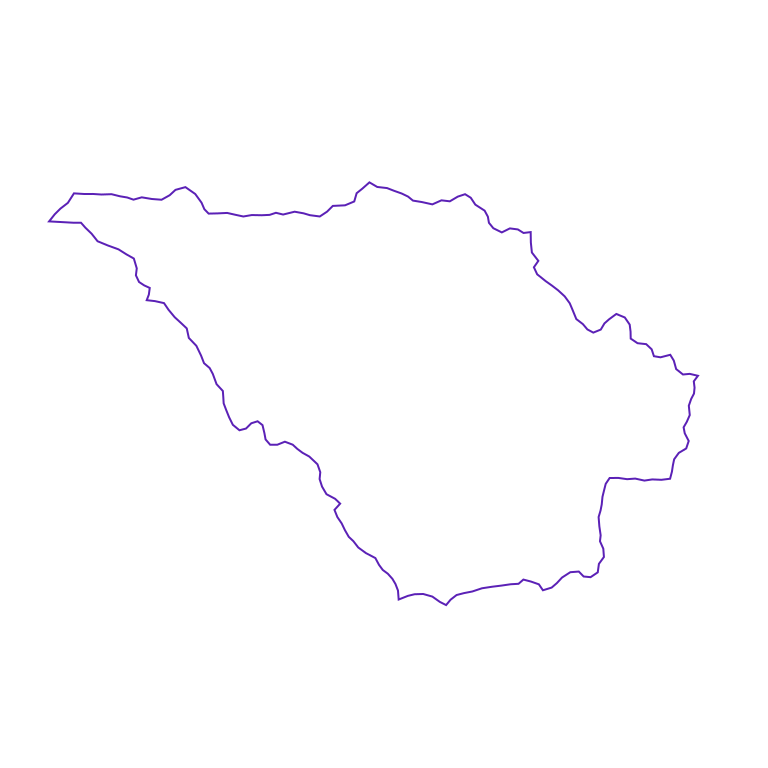 Nova Módica, Minas Gerais, Brazil (Mercator projection), rotated 263°
{"feature_id": "56859067B57192230716204", "entity_name": "Nova Módica", "entity_type": "district", "adm_level": 2, "iso_a3": "BRA", "parent_name": "Brazil", "parent_adm1": "Minas Gerais", "projection": "mercator", "projection_center": [-41.519, -18.438], "detail": "fine", "context": "isolated", "style": "outline", "palette": "violet", "viewbox_px": 768, "rotation_deg": 263, "n_neighbors": 0, "source": "geoboundaries", "source_scale": "gbopen_adm2", "svg_char_len": 2979}
<svg xmlns="http://www.w3.org/2000/svg" viewBox="0 0 768 768"><g transform="rotate(263 384 384)"><path d="M353.9,696.6L356.8,688.7L357.0,681.9L363.2,675.8L371.9,674.5L378.1,671.7L376.8,661.7L378.7,655.3L385.8,653.9L391.6,649.1L393.6,640.6L399.0,634.4L405.9,635.1L413.0,635.1L420.7,631.1L425.2,623.1L420.8,615.3L417.3,610.2L411.6,605.8L409.5,598.0L413.4,592.5L419.2,588.7L425.0,582.8L434.5,580.2L441.5,578.2L449.0,574.0L455.8,568.2L461.2,562.7L466.4,557.0L474.2,549.4L481.6,547.0L487.4,552.2L496.5,546.8L506.5,547.0L516.9,548.1L516.9,540.9L521.1,535.7L523.1,527.9L520.1,519.4L525.3,511.5L531.2,507.8L537.4,507.5L543.8,505.0L550.9,496.5L558.3,492.8L562.5,487.6L561.0,480.1L557.3,471.6L559.3,463.4L556.4,453.9L560.0,443.7L562.5,435.1L567.1,430.7L570.9,424.8L574.6,417.4L578.1,410.9L580.4,401.3L585.9,394.1L580.6,386.4L576.7,380.1L568.8,376.7L566.1,367.1L567.0,354.9L562.0,348.5L558.1,340.7L560.6,331.0L563.2,325.0L565.9,316.3L564.5,304.5L567.1,297.6L565.8,291.1L566.4,283.2L567.8,273.4L567.4,264.8L570.0,257.3L572.9,249.2L573.6,239.9L574.5,230.7L579.4,227.0L586.2,225.0L595.6,219.8L603.6,210.9L602.1,200.7L597.5,194.3L594.0,185.7L595.9,176.2L598.8,166.3L597.5,157.8L600.4,151.9L602.5,144.8L605.6,136.7L606.5,126.7L608.1,118.2L609.1,109.7L611.0,99.5L602.3,92.3L597.5,84.2L592.6,77.9L586.2,71.4L584.2,82.7L582.0,94.9L581.0,102.9L575.6,106.6L568.8,112.1L560.6,117.1L555.2,126.7L550.0,136.9L544.1,144.1L539.0,151.0L528.9,152.7L522.1,151.0L515.1,153.3L511.1,158.0L507.9,163.2L501.4,161.5L496.1,158.7L494.2,166.7L491.1,175.5L483.9,179.2L475.8,184.4L469.0,190.2L463.2,195.0L453.5,195.9L444.8,202.4L434.5,205.9L426.6,207.9L421.1,212.9L414.9,215.3L404.2,217.8L396.7,223.2L390.7,222.9L384.3,222.5L377.4,224.2L369.9,226.2L361.9,229.0L355.7,234.9L356.6,241.6L361.2,247.5L362.4,254.0L358.0,258.4L349.9,259.3L343.4,259.7L337.6,263.6L336.7,270.6L338.8,278.6L334.9,286.0L330.1,290.1L325.6,294.8L321.1,301.0L312.4,308.2L304.2,310.0L297.5,308.5L289.7,310.0L281.6,313.5L276.0,321.5L270.6,325.9L265.1,319.5L257.6,321.5L250.8,325.0L243.7,327.4L236.6,330.4L231.8,334.4L224.9,338.5L218.4,345.4L212.3,354.2L205.1,357.0L199.6,360.1L195.2,364.7L189.6,368.6L184.1,371.0L177.3,372.7L168.3,372.3L170.8,381.9L171.6,388.7L170.8,397.3L167.1,406.1L160.9,412.9L157.0,418.7L161.8,423.8L165.7,430.3L166.7,437.9L167.3,446.4L169.3,456.3L169.6,466.6L169.6,475.8L169.8,485.3L169.3,493.2L172.9,498.5L170.0,505.8L166.3,513.3L159.9,516.6L161.5,525.6L165.3,531.3L170.2,537.1L174.5,546.0L174.1,554.5L168.6,558.7L167.1,565.5L171.0,573.2L179.3,575.4L185.5,581.2L193.8,581.6L201.6,579.2L207.4,580.6L216.5,580.4L225.8,580.8L232.0,583.5L237.8,585.4L245.4,587.1L251.2,589.3L257.9,591.9L263.2,596.5L262.2,605.2L259.9,613.7L259.5,621.8L256.4,630.7L256.6,638.6L255.1,647.7L255.1,656.4L261.9,659.1L268.0,660.8L273.9,662.8L279.7,668.2L283.2,676.1L290.3,679.5L298.4,676.5L304.5,676.1L309.5,679.9L315.9,683.7L325.3,683.9L331.8,687.1L336.7,690.5L342.5,691.8L348.9,691.8L353.9,696.6Z" fill="none" stroke="#5b21b6" stroke-width="2"/></g></svg>